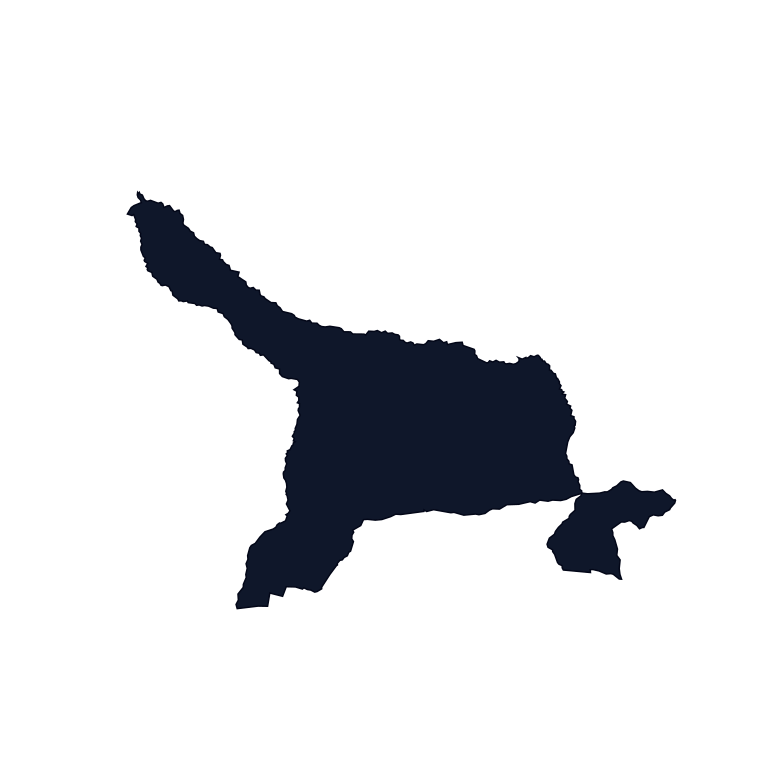 outline of Fusagasugá, Cundinamarca, Colombia, rotated 67°
{"feature_id": "7082276B51871988442122", "entity_name": "Fusagasugá", "entity_type": "district", "adm_level": 2, "iso_a3": "COL", "parent_name": "Colombia", "parent_adm1": "Cundinamarca", "projection": "robinson", "projection_center": [-74.414, 4.327], "detail": "fine", "context": "isolated", "style": "filled", "palette": "ink", "viewbox_px": 768, "rotation_deg": 67, "n_neighbors": 0, "source": "geoboundaries", "source_scale": "gbopen_adm2", "svg_char_len": 6170}
<svg xmlns="http://www.w3.org/2000/svg" viewBox="0 0 768 768"><g transform="rotate(67 384 384)"><path d="M638.2,267.6L635.5,266.8L636.4,264.2L640.1,259.1L645.7,253.7L647.2,249.2L648.7,247.3L655.4,243.7L656.5,241.6L651.4,241.2L645.8,239.6L638.2,235.4L632.7,236.7L627.2,233.6L617.5,232.4L612.9,232.6L610.1,231.4L606.3,231.1L603.7,219.5L605.2,216.3L605.5,211.7L607.1,209.6L609.3,209.0L613.0,206.5L617.1,205.4L617.0,202.4L617.6,200.8L609.8,191.7L609.7,187.2L612.4,183.2L613.6,179.0L611.6,175.6L611.3,170.2L610.0,168.7L607.2,162.9L604.9,161.1L604.2,161.3L604.2,162.6L601.8,164.0L598.5,164.8L594.8,167.3L590.3,169.0L589.2,177.4L585.8,183.4L583.9,188.8L581.9,191.0L578.2,193.2L571.0,195.7L566.8,201.6L566.7,204.2L568.7,209.6L568.9,213.9L569.9,215.7L570.6,220.6L569.5,223.0L568.7,228.2L564.6,239.5L561.7,244.5L559.5,243.8L557.4,245.0L553.8,243.4L549.8,243.6L548.1,242.3L546.1,242.1L544.4,244.1L541.7,244.7L531.9,242.5L529.8,244.8L527.3,244.0L524.3,244.9L521.8,243.9L519.0,244.1L509.1,237.5L505.2,233.6L502.8,228.9L499.1,225.6L497.0,225.4L496.7,224.2L493.2,222.2L490.1,222.7L488.4,221.9L486.0,224.5L481.6,221.3L478.9,222.3L477.3,220.8L473.8,223.8L471.7,222.0L467.6,223.2L464.8,221.0L463.0,223.8L462.3,223.7L461.6,221.6L460.4,222.9L458.6,222.7L457.1,224.4L454.7,221.7L452.1,222.5L450.6,221.7L446.6,222.1L446.4,223.0L441.6,222.3L440.4,223.9L436.6,224.9L435.7,226.2L432.0,224.4L430.1,225.1L428.6,226.8L425.6,227.3L424.8,229.1L423.0,228.9L421.8,230.2L420.8,229.8L418.0,230.7L417.4,231.7L417.6,235.2L415.2,238.0L416.2,241.1L415.6,243.3L415.0,243.1L415.1,247.1L412.1,250.1L413.5,249.7L416.0,251.0L416.8,254.6L416.4,257.2L414.1,260.3L413.3,263.6L412.1,264.9L410.4,265.0L409.0,269.2L406.0,271.6L406.3,275.2L403.9,277.7L405.0,279.8L404.7,281.2L397.2,287.9L394.0,287.8L392.3,289.0L389.0,287.4L387.3,287.5L379.4,296.2L376.1,295.7L374.0,301.7L372.5,310.2L369.6,309.8L369.3,313.1L364.6,315.5L364.1,321.6L361.4,326.4L363.2,329.8L363.3,332.2L360.0,338.1L360.1,341.0L357.5,341.3L355.7,343.0L355.3,346.8L353.8,348.3L351.3,349.3L350.2,351.7L349.0,352.2L346.1,351.1L344.3,351.8L342.5,354.7L340.2,356.5L338.8,360.9L335.8,362.2L335.8,366.3L332.2,369.2L331.8,372.5L329.4,377.4L331.7,381.7L330.3,382.9L325.8,393.2L322.9,394.5L320.3,400.5L316.4,401.7L314.7,403.2L309.7,411.3L308.5,415.9L306.7,419.0L304.6,420.8L301.9,421.9L299.8,426.6L296.3,427.5L295.9,430.6L290.5,437.4L287.8,439.7L285.8,439.8L283.2,441.5L277.6,449.1L273.2,449.9L270.2,451.7L267.0,451.8L264.9,456.2L259.0,460.0L256.8,460.5L254.9,462.7L253.2,463.1L248.9,462.2L247.6,465.2L244.1,466.6L243.5,469.9L242.0,471.3L239.1,472.1L236.0,471.3L228.0,476.6L224.4,473.7L219.3,480.9L214.3,480.3L212.3,482.6L208.5,484.1L206.6,484.1L204.9,486.7L201.6,484.2L199.7,483.9L197.4,487.5L191.3,488.8L189.9,490.5L186.8,492.0L185.3,494.7L182.1,494.5L180.0,497.6L177.0,499.5L173.8,500.8L170.4,500.2L167.6,502.6L164.2,503.2L159.4,506.3L157.4,506.3L154.2,504.3L150.1,503.5L147.3,505.1L143.9,504.7L143.4,506.7L143.8,507.8L143.0,510.0L136.0,511.7L135.4,513.9L135.6,517.5L131.7,517.3L129.7,518.3L129.3,521.3L123.7,527.2L123.4,530.1L122.2,531.8L119.6,532.6L115.7,532.6L113.8,534.4L111.9,534.4L112.7,535.8L111.5,536.0L113.5,537.2L116.3,537.5L119.5,536.2L122.2,536.5L122.1,544.4L122.8,547.7L127.3,553.8L130.5,550.1L130.2,548.2L135.6,548.4L137.4,549.5L140.1,548.7L142.2,550.6L144.7,548.6L147.7,549.9L150.2,549.1L152.3,550.4L154.9,550.2L157.4,552.2L161.0,552.2L163.0,554.3L165.6,555.4L172.6,555.6L174.6,554.4L176.4,556.4L177.7,556.4L180.6,554.3L182.8,557.2L184.7,556.0L186.0,557.2L187.5,557.1L190.6,554.1L194.4,554.8L198.8,552.1L202.1,552.1L203.6,551.0L205.9,550.7L206.8,549.7L207.5,546.5L210.4,543.9L214.8,543.7L215.8,542.7L219.8,543.6L225.0,540.6L227.4,540.4L228.1,538.2L229.7,536.6L230.7,532.7L232.6,532.4L236.0,526.6L238.3,525.8L239.0,523.2L241.1,521.0L241.6,518.6L243.8,515.0L247.5,511.5L249.3,508.1L252.9,508.5L256.3,504.6L259.6,504.7L263.5,502.5L268.7,501.3L271.0,501.1L273.2,502.0L278.5,501.1L280.4,501.9L286.4,499.9L288.0,497.3L292.3,498.3L296.5,495.5L298.3,495.2L299.2,492.5L302.1,489.9L305.1,489.4L307.0,486.7L309.3,486.6L310.1,483.5L317.6,480.8L319.2,479.4L320.6,479.8L322.8,477.7L326.6,477.8L329.4,474.3L333.6,476.0L337.4,474.7L341.9,469.7L342.5,467.3L346.0,461.9L349.2,461.2L352.9,463.2L354.1,469.1L356.7,467.0L360.1,469.1L362.8,467.6L366.0,468.9L367.4,471.1L369.0,469.4L372.4,470.9L373.3,472.4L374.9,473.4L380.0,473.4L382.8,477.5L387.1,479.9L390.2,483.1L392.1,483.7L392.7,485.2L394.2,485.8L396.3,488.8L399.1,487.9L400.9,489.7L402.5,488.4L402.8,490.5L404.4,491.3L404.9,492.9L407.7,496.1L407.8,499.2L409.5,499.5L410.1,501.3L412.2,501.0L413.8,503.8L416.3,504.7L419.4,504.7L422.4,507.6L424.9,508.7L425.8,510.9L427.3,511.8L431.4,512.9L434.0,512.3L437.4,512.6L441.0,513.7L444.4,516.3L446.6,516.4L447.3,517.2L448.8,516.8L453.4,517.7L456.3,520.7L464.0,520.1L465.6,522.7L466.0,525.4L467.6,524.6L471.5,528.1L471.8,533.4L471.1,534.5L471.8,537.3L473.6,539.5L474.2,542.7L473.5,551.3L476.4,558.0L480.4,564.8L480.8,569.2L482.3,571.5L488.7,576.6L492.2,577.7L495.6,581.2L500.2,581.9L505.3,585.6L508.3,586.4L513.4,591.7L516.2,593.0L520.3,600.5L526.0,602.5L529.1,606.3L533.4,606.9L539.3,586.5L543.1,578.0L531.8,570.8L539.8,560.3L532.4,553.2L536.2,544.8L540.9,539.2L540.3,537.4L543.2,534.9L545.1,531.9L548.5,529.1L548.9,526.7L548.2,521.4L546.6,520.7L538.2,508.3L532.5,498.6L532.4,497.6L530.8,497.0L529.1,493.5L529.6,491.1L528.1,488.5L527.8,484.9L525.1,482.2L524.8,480.1L517.1,473.7L513.9,474.2L510.6,472.5L508.6,469.8L506.3,470.0L505.2,460.7L500.8,455.9L502.1,452.1L505.9,445.2L507.9,439.0L508.7,429.7L508.4,424.1L510.7,419.5L516.6,398.0L516.9,397.0L515.5,396.3L518.0,394.6L519.1,387.4L528.6,372.8L529.5,369.7L535.9,361.8L539.5,350.5L541.4,347.7L542.6,341.6L541.3,336.2L541.3,332.8L544.3,326.5L543.1,318.1L547.4,306.9L549.4,295.4L552.6,291.4L551.7,286.1L556.0,278.8L556.7,274.2L560.3,266.9L561.3,261.3L560.8,255.6L561.9,244.7L563.9,246.4L565.3,252.1L568.7,255.0L574.9,257.5L576.9,263.4L578.1,265.1L580.0,266.2L581.0,273.5L582.4,274.8L584.1,279.4L586.7,283.8L588.9,285.8L590.5,292.0L595.2,296.5L598.4,296.8L602.5,293.6L604.2,294.2L607.5,293.5L616.1,294.0L618.2,293.4L620.8,291.0L622.9,291.8L625.3,291.6L638.2,267.6Z" fill="#0f172a" stroke="#020617" stroke-width="1.5"/></g></svg>